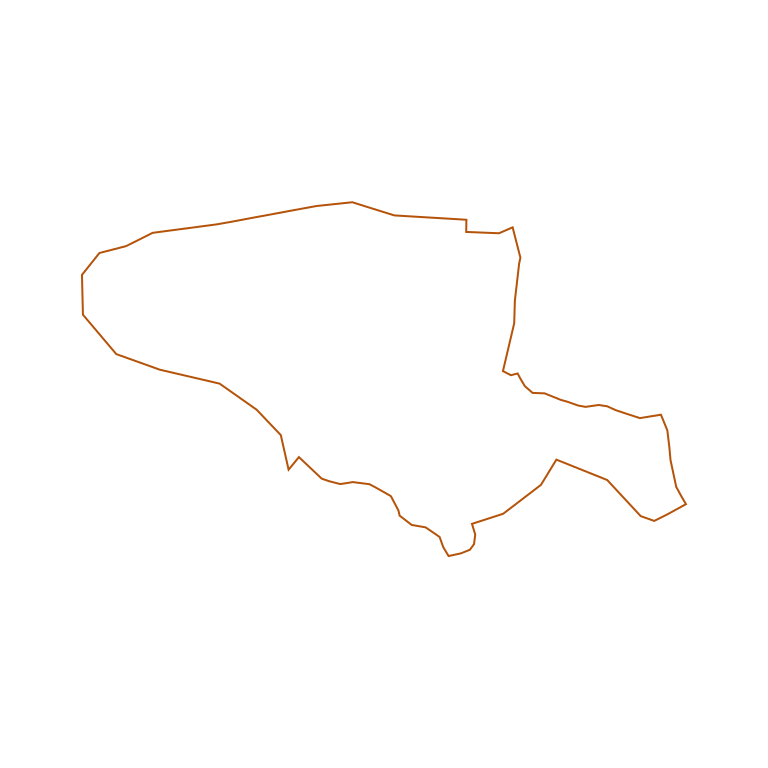 outline of Aninri, Enugu, Nigeria, rotated 148°
{"feature_id": "59680162B49286325204061", "entity_name": "Aninri", "entity_type": "district", "adm_level": 2, "iso_a3": "NGA", "parent_name": "Nigeria", "parent_adm1": "Enugu", "projection": "mercator", "projection_center": [7.587, 6.053], "detail": "fine", "context": "isolated", "style": "outline", "palette": "amber", "viewbox_px": 768, "rotation_deg": 148, "n_neighbors": 0, "source": "geoboundaries", "source_scale": "gbopen_adm2", "svg_char_len": 1294}
<svg xmlns="http://www.w3.org/2000/svg" viewBox="0 0 768 768"><g transform="rotate(148 384 384)"><path d="M236.3,135.9L232.9,131.6L232.0,130.5L227.4,124.7L213.1,123.3L191.6,122.1L191.3,131.7L190.7,141.9L181.4,167.5L175.4,179.4L168.3,194.5L165.4,211.2L185.1,219.5L195.4,231.8L201.4,239.1L206.6,246.9L209.9,249.7L213.0,252.4L225.2,257.8L230.8,262.9L237.9,271.8L242.6,277.0L252.8,291.0L262.7,297.7L265.7,307.5L265.5,316.6L265.1,322.1L271.7,324.2L276.3,331.9L241.4,366.5L228.8,385.4L205.5,414.6L201.4,418.8L191.9,448.7L206.6,450.9L233.7,469.4L227.1,479.6L233.5,484.2L266.1,507.4L285.9,521.5L295.0,532.1L305.4,544.2L307.4,546.6L310.7,550.4L314.5,554.9L346.9,570.7L367.8,579.0L395.8,590.0L402.8,592.8L428.1,602.7L441.0,607.9L500.1,634.8L529.6,637.6L555.9,645.9L582.3,636.6L587.4,628.0L602.6,602.3L595.2,551.2L566.6,515.0L540.8,489.1L523.2,471.4L505.6,429.6L502.0,411.9L498.6,395.3L510.3,361.9L494.9,367.1L487.0,336.8L482.0,330.6L474.2,322.4L469.3,320.2L462.5,317.4L449.4,306.7L446.4,301.5L446.2,301.2L437.8,285.7L437.6,285.0L438.8,269.0L440.5,264.1L435.2,249.8L424.7,240.4L417.9,224.8L420.2,214.3L420.4,203.9L408.8,199.7L399.0,197.9L392.5,200.5L386.4,208.0L383.5,218.8L383.2,218.7L351.7,210.8L304.3,215.3L277.9,228.5L245.6,184.3L236.3,135.9Z" fill="none" stroke="#b45309" stroke-width="2"/></g></svg>